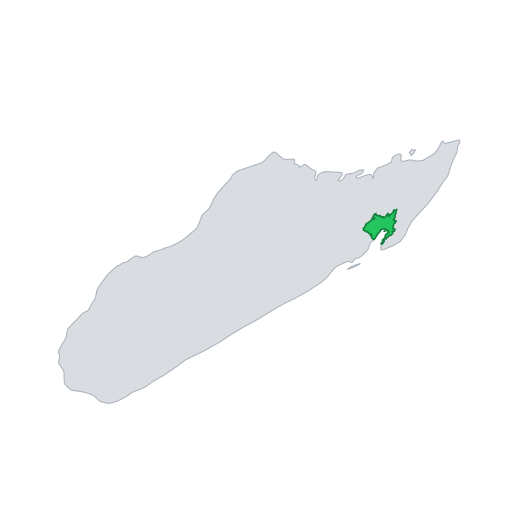 location of Maroantsetra, Analanjirofo, Madagascar, rotated 46°
{"feature_id": "10022922B79548799707119", "entity_name": "Maroantsetra", "entity_type": "district", "adm_level": 2, "iso_a3": "MDG", "parent_name": "Madagascar", "parent_adm1": "Analanjirofo", "projection": "equal_earth", "projection_center": [49.851, -15.369], "detail": "fine", "context": "in_parent", "style": "filled", "palette": "green", "viewbox_px": 512, "rotation_deg": 46, "n_neighbors": 0, "source": "geoboundaries", "source_scale": "gbopen_adm2", "svg_char_len": 8883}
<svg xmlns="http://www.w3.org/2000/svg" viewBox="0 0 512 512"><g transform="rotate(46 256 256)"><path d="M321.8,41.5L322.9,45.1L324.3,48.5L328.5,56.8L330.4,60.0L331.9,63.4L332.7,70.1L335.4,80.6L337.9,96.4L338.7,112.5L339.4,119.9L341.4,126.9L344.6,134.1L345.7,142.2L343.7,150.4L340.8,158.2L340.1,159.7L338.7,161.7L338.1,161.6L335.9,159.6L334.0,156.3L331.6,148.5L330.8,144.6L329.8,144.0L327.0,144.3L325.0,146.8L324.6,148.3L325.1,152.7L325.8,156.6L326.2,160.6L326.2,165.6L327.0,167.1L328.1,168.4L329.2,171.7L329.4,179.5L328.7,183.4L326.8,186.8L326.9,188.7L327.6,190.6L326.9,191.8L324.3,193.2L323.3,194.5L321.9,198.0L319.6,205.0L319.3,208.6L320.7,219.5L320.3,227.2L317.5,242.0L315.8,249.0L313.5,257.3L309.9,268.3L306.4,282.1L303.4,296.3L301.2,304.8L298.7,313.2L295.3,328.0L292.4,343.0L288.1,359.4L282.2,377.7L281.6,380.1L280.4,389.5L279.1,397.6L277.6,405.6L274.3,418.8L273.9,422.9L273.2,426.8L270.1,435.1L268.7,438.1L267.8,441.4L267.3,445.5L266.3,449.5L264.0,456.9L260.6,463.2L258.2,465.5L253.1,468.8L250.5,469.5L244.8,469.5L239.2,471.4L233.4,475.1L227.8,479.2L225.7,481.2L223.4,482.3L216.0,482.6L213.7,481.7L206.2,474.8L203.3,473.7L197.9,472.8L196.2,472.2L194.7,471.3L192.5,467.7L188.1,464.7L187.0,463.7L186.3,461.6L185.8,459.4L184.6,456.8L183.7,452.0L182.2,448.7L178.1,442.7L177.6,440.8L177.2,434.5L177.3,430.2L176.7,422.4L177.1,418.7L178.5,415.4L177.9,411.8L176.3,408.0L175.7,404.1L174.5,400.5L170.1,394.1L169.1,390.9L168.3,387.6L166.6,377.4L166.3,373.8L166.4,366.3L167.0,362.4L168.0,359.7L168.2,357.7L168.8,355.9L169.8,354.5L170.5,352.9L171.9,343.2L173.9,341.1L176.9,339.8L179.3,337.3L180.6,333.9L181.9,326.8L185.6,319.8L186.9,316.2L189.8,310.6L192.4,302.7L193.2,299.1L193.8,295.3L194.4,287.0L194.8,282.8L194.7,278.7L193.1,274.5L189.3,266.8L189.1,265.4L189.4,259.7L189.0,255.6L187.6,251.5L185.8,247.6L184.0,240.4L183.0,228.4L183.1,224.0L182.6,220.2L181.3,216.5L182.1,210.1L193.0,186.8L193.3,184.1L192.8,176.9L193.0,172.8L193.4,171.3L194.2,170.4L196.1,169.9L205.1,168.9L206.3,168.2L208.5,166.2L211.6,162.4L213.0,161.3L214.2,161.7L215.0,163.4L216.0,164.2L219.6,162.5L221.0,162.5L222.4,162.8L223.1,161.2L223.5,159.0L224.0,157.5L225.0,156.7L229.7,156.2L232.6,155.6L236.5,154.1L237.3,154.4L240.5,159.8L241.4,160.2L242.6,160.4L243.7,159.5L241.2,156.7L240.8,155.1L240.9,153.3L242.2,149.4L244.5,146.5L249.5,142.0L254.7,136.9L256.2,136.5L257.5,137.3L258.5,143.4L258.4,144.4L259.2,144.6L260.2,143.8L261.1,141.3L261.1,139.3L260.4,137.3L260.0,135.7L260.0,134.1L262.6,130.5L264.7,127.1L265.7,123.0L266.5,121.1L268.7,119.0L269.4,119.3L269.9,121.0L270.2,122.9L269.6,124.7L268.8,126.5L268.5,128.9L269.7,129.4L270.9,128.8L272.6,124.4L274.5,120.3L275.7,118.2L277.2,116.7L279.6,117.0L282.0,117.9L278.1,113.6L277.1,107.6L281.7,97.3L281.7,95.2L282.4,94.5L282.7,93.7L280.3,90.2L279.9,88.4L280.2,85.8L281.3,83.5L282.3,81.9L283.8,81.2L285.0,82.1L287.5,85.0L289.3,85.4L291.3,82.7L293.1,79.3L295.6,76.9L298.5,75.4L303.0,70.0L305.8,58.7L306.1,55.4L305.4,51.4L304.4,47.6L302.7,42.8L303.1,41.8L305.5,42.4L306.4,41.7L309.0,37.5L313.3,29.4L314.8,29.4L316.0,30.9L316.5,33.2L317.3,34.8L320.3,38.6L321.8,41.5ZM291.4,73.3L291.5,74.6L288.1,74.0L287.6,69.8L289.2,69.6L289.6,67.9L290.6,67.7L291.7,71.5L291.4,73.3ZM331.9,193.6L329.0,199.8L329.8,194.6L333.1,187.1L334.0,186.6L331.9,193.6Z" fill="#d9dde1" stroke="#a8b0b8" stroke-width="1"/><path d="M328.2,130.8L327.7,130.9L327.4,131.1L327.4,131.4L326.9,131.8L326.7,131.7L326.6,131.8L326.3,132.2L325.8,132.2L325.8,131.9L325.5,131.9L325.6,131.5L325.5,131.3L325.6,131.0L325.4,130.9L325.3,130.6L325.0,130.6L324.9,130.4L324.9,130.2L324.8,129.8L324.9,129.5L324.6,128.7L324.0,128.3L323.6,127.8L323.3,127.9L323.3,127.6L323.1,127.4L323.0,126.7L322.6,126.0L322.5,125.8L322.4,125.9L322.4,125.5L322.3,125.4L322.0,125.4L321.7,124.9L321.6,124.5L321.1,123.9L320.9,123.7L320.7,123.7L320.5,123.2L320.4,122.8L320.5,122.6L320.3,122.5L320.2,123.4L319.9,123.9L319.8,124.2L319.6,124.4L319.4,124.3L319.2,124.6L318.8,124.7L318.8,125.0L318.9,125.4L319.1,125.8L319.1,126.3L319.9,126.3L320.0,126.7L320.0,126.8L319.9,126.9L319.8,127.6L319.6,128.9L320.0,129.8L319.6,130.7L319.5,131.5L319.6,132.2L319.7,132.3L319.3,132.2L319.2,132.5L319.2,132.9L319.0,133.0L318.9,132.9L319.0,132.7L318.8,132.3L318.7,132.3L318.6,132.6L318.6,132.3L318.5,132.0L318.3,132.1L318.2,131.7L318.0,132.0L317.9,131.8L318.0,131.5L317.7,131.5L317.7,131.8L317.5,131.7L317.4,131.6L317.6,131.6L317.4,131.5L317.2,131.7L317.3,132.0L317.2,132.2L317.1,133.0L317.1,133.4L317.4,133.8L317.4,134.2L317.5,134.4L317.4,134.8L317.6,135.0L317.6,135.9L317.5,137.1L316.9,137.8L316.8,137.6L316.7,137.3L316.5,137.5L316.3,137.5L316.1,137.3L315.9,137.5L315.7,137.6L315.8,137.9L315.6,138.0L315.4,138.4L315.3,138.5L315.2,138.8L315.0,138.7L314.9,138.6L314.7,138.7L314.6,138.8L314.5,138.7L314.3,138.8L314.1,139.0L313.6,138.7L313.6,138.8L313.4,138.9L313.4,139.0L313.0,139.0L312.7,139.2L312.6,139.8L312.3,139.9L312.1,139.9L312.1,140.1L311.5,140.2L311.5,140.4L311.0,140.6L310.8,141.0L310.6,140.9L310.5,140.6L310.4,140.6L310.2,140.7L309.8,140.8L309.7,141.0L309.4,140.8L309.5,141.1L309.3,141.1L309.2,141.3L308.6,141.2L308.3,141.0L308.2,141.1L308.3,141.8L308.2,142.0L308.3,142.1L308.5,142.4L308.7,142.5L308.5,143.0L308.7,143.5L308.7,144.0L308.8,144.2L308.9,144.4L309.0,144.5L309.1,144.4L309.3,144.7L309.5,144.6L309.5,144.8L309.7,144.5L310.0,144.7L310.5,144.3L310.7,144.5L310.7,144.8L311.0,145.0L311.1,144.9L311.2,144.4L311.5,144.4L311.5,145.2L311.1,145.3L311.0,145.7L310.9,145.7L311.0,145.8L310.8,145.9L310.7,146.2L310.5,146.3L310.5,146.5L310.3,146.7L310.0,146.9L310.1,147.8L310.3,148.0L310.5,148.3L310.5,148.6L310.2,148.9L310.3,149.1L310.2,149.3L310.2,149.6L310.1,149.9L310.2,150.5L310.1,150.8L310.2,151.2L310.1,151.5L310.1,152.1L309.9,152.0L309.8,152.4L309.9,152.5L309.8,152.8L309.8,153.1L309.7,153.3L309.7,153.5L309.6,154.0L309.3,155.0L309.7,155.4L309.8,155.8L310.1,155.6L310.3,155.9L310.5,155.9L310.6,156.3L310.5,156.6L310.7,157.2L310.6,157.4L310.7,157.8L310.9,158.1L310.7,158.6L310.9,158.7L310.8,158.8L310.9,159.0L310.7,159.2L311.0,159.3L311.0,159.8L311.4,160.2L311.5,160.5L311.8,160.7L312.1,160.5L313.5,160.5L313.9,159.7L314.0,159.5L314.5,159.6L315.3,159.4L315.4,159.5L315.4,159.4L315.7,159.4L315.7,159.1L316.1,158.8L316.4,158.9L317.0,158.7L317.8,159.0L318.2,158.9L318.3,159.0L318.5,158.8L318.9,158.6L318.9,158.9L319.0,158.7L319.0,158.8L319.2,158.7L319.5,158.9L319.5,158.6L319.8,158.5L320.1,158.0L320.5,158.1L321.0,158.1L321.1,157.9L321.3,158.0L321.4,158.3L320.9,158.5L320.9,158.9L321.0,159.1L320.9,159.2L320.9,159.3L321.6,159.4L322.2,159.3L322.7,159.6L323.1,160.1L323.6,160.2L325.4,160.1L325.7,159.9L326.0,159.5L326.3,159.4L326.0,158.6L326.0,157.7L325.8,157.4L325.7,157.0L325.6,156.9L325.6,156.3L325.1,154.9L324.9,153.7L324.7,153.0L324.3,152.5L324.6,151.7L324.6,151.3L324.7,150.4L324.5,150.0L324.5,149.6L324.4,149.5L324.1,149.5L323.9,149.4L323.8,148.3L323.7,148.2L323.8,147.9L324.0,147.2L324.3,146.7L325.3,145.1L326.0,144.4L326.3,144.2L326.9,144.2L327.0,144.0L327.4,144.0L327.5,144.1L327.0,144.4L327.3,144.5L327.8,144.1L328.1,143.9L328.2,143.7L328.3,143.6L328.2,143.9L329.0,143.8L329.3,144.0L329.4,143.9L329.6,144.0L329.7,143.9L329.7,143.5L329.9,143.1L330.1,143.2L330.0,143.4L330.3,143.5L330.7,143.7L331.0,143.9L331.0,144.3L330.7,145.0L331.0,146.0L330.8,146.9L330.7,148.1L330.9,148.5L331.5,149.1L331.5,149.4L331.6,149.6L332.2,149.9L332.3,150.1L332.5,150.0L332.7,149.8L332.6,150.0L332.4,150.2L332.6,150.4L332.6,150.6L332.3,151.8L332.3,152.5L332.5,153.0L332.4,153.7L332.3,154.0L332.8,154.4L333.5,155.2L333.7,155.5L334.0,155.8L333.7,156.8L333.8,157.3L333.9,157.2L334.2,157.3L334.4,157.2L334.7,157.4L334.9,156.9L335.0,156.9L335.2,156.7L335.2,156.3L335.0,155.8L335.0,155.6L334.9,155.6L334.9,155.4L334.9,155.2L334.8,154.8L334.7,155.0L334.7,154.6L334.4,154.5L334.5,154.0L334.3,153.7L334.3,153.3L334.0,153.2L333.7,152.8L333.6,153.1L333.3,153.0L333.0,152.8L333.0,152.5L333.1,152.2L333.1,151.7L333.2,151.4L333.3,151.4L333.3,151.1L333.5,151.0L333.6,150.7L333.4,150.3L333.4,150.2L333.5,150.0L333.8,150.1L333.7,149.9L333.8,149.7L333.6,149.1L333.8,148.8L333.8,148.6L333.9,148.2L333.8,147.9L334.0,147.5L333.8,147.1L333.9,146.9L333.8,146.7L333.9,146.4L333.9,146.2L334.0,145.9L333.9,145.4L334.1,145.1L334.5,145.2L334.8,144.8L334.8,144.3L334.8,143.6L334.9,143.1L334.8,142.4L334.3,141.8L334.3,141.5L334.1,141.2L333.9,141.3L333.1,140.9L333.2,140.5L333.3,140.4L333.6,140.2L333.8,140.0L334.0,139.5L334.3,139.2L334.0,138.6L333.9,138.5L333.9,138.3L333.7,138.2L333.6,137.7L333.2,137.4L332.9,137.4L332.7,137.5L332.4,137.9L331.9,138.6L331.6,138.4L331.5,138.2L331.1,138.1L330.8,138.2L330.5,137.3L330.2,137.0L330.1,136.3L330.0,136.2L329.8,136.2L329.3,136.0L329.1,135.3L328.9,135.1L328.6,134.5L328.6,134.4L328.7,133.9L328.9,133.6L328.9,133.4L329.0,133.1L328.8,132.3L328.4,132.1L328.5,131.8L328.3,131.5L328.4,131.0L328.2,130.8ZM327.4,146.4L327.7,146.2L327.8,145.8L327.8,145.5L327.6,145.3L327.3,145.5L327.4,146.0L327.4,146.4Z" fill="#22c55e" stroke="#15803d" stroke-width="1.5"/></g></svg>